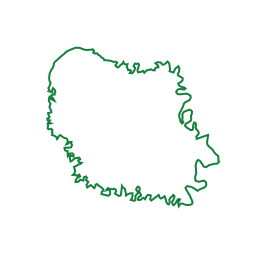 the district of Campina da Lagoa, Paraná, Brazil, rotated 251°
{"feature_id": "56859067B30898784628481", "entity_name": "Campina da Lagoa", "entity_type": "district", "adm_level": 2, "iso_a3": "BRA", "parent_name": "Brazil", "parent_adm1": "Paraná", "projection": "mercator", "projection_center": [-52.806, -24.618], "detail": "fine", "context": "isolated", "style": "outline", "palette": "green", "viewbox_px": 256, "rotation_deg": 251, "n_neighbors": 0, "source": "geoboundaries", "source_scale": "gbopen_adm2", "svg_char_len": 5232}
<svg xmlns="http://www.w3.org/2000/svg" viewBox="0 0 256 256"><g transform="rotate(251 128 128)"><path d="M170.0,195.8L169.2,193.1L168.1,191.4L165.6,189.1L168.1,185.8L169.5,186.8L171.5,187.2L173.2,187.6L175.8,188.0L178.0,187.0L176.8,184.5L176.3,182.5L176.8,181.0L179.1,180.4L180.6,177.6L180.3,175.0L177.2,176.8L175.5,176.5L176.1,174.5L175.1,172.5L173.8,172.1L174.4,170.4L176.0,168.9L176.1,166.7L176.5,164.9L175.9,163.4L174.9,161.4L177.1,160.9L176.8,159.1L177.3,155.6L179.1,155.6L180.6,156.5L182.1,157.7L184.1,159.0L185.6,158.8L185.7,157.0L186.7,155.7L184.7,153.4L182.4,154.4L181.0,153.3L179.3,151.5L178.4,149.7L179.4,147.6L181.0,149.5L182.2,148.8L182.7,146.9L184.2,147.0L186.0,146.7L188.5,148.3L188.8,146.3L190.1,145.3L191.9,145.2L190.5,143.5L190.1,141.6L189.1,139.9L188.5,138.4L189.6,137.1L191.2,136.4L192.3,137.8L193.3,139.1L194.6,138.1L195.4,135.5L196.7,134.2L197.8,132.2L199.0,129.9L199.9,127.6L201.9,127.4L203.7,125.7L205.8,124.8L206.8,123.7L208.7,123.1L209.2,120.9L210.6,119.6L211.7,121.0L213.9,120.3L214.1,118.3L215.5,113.5L217.9,110.2L219.4,108.7L220.0,106.8L220.9,105.2L220.9,103.1L220.8,99.7L220.6,97.4L220.2,94.4L218.6,91.2L218.2,89.7L216.6,85.9L214.3,80.4L213.2,79.0L211.0,77.9L209.4,76.4L208.0,74.4L206.6,73.2L205.4,71.9L203.1,70.8L201.4,69.8L198.2,69.1L196.1,69.6L192.8,67.1L191.6,65.7L189.6,66.0L188.7,64.8L186.5,68.0L188.3,68.5L190.1,70.1L187.4,71.3L185.8,71.1L184.9,70.0L183.5,69.5L184.2,67.3L183.4,65.5L181.5,66.3L180.0,66.9L177.7,67.3L178.8,66.2L180.3,64.7L182.6,63.6L180.9,62.4L178.6,62.1L176.1,62.6L173.2,60.5L171.6,60.7L169.6,61.0L167.8,60.6L167.9,59.0L168.1,57.3L166.3,57.1L164.2,57.5L163.3,56.4L163.3,54.9L161.9,54.5L160.6,56.6L159.7,54.6L157.6,56.6L158.0,53.4L156.3,53.2L155.0,52.5L153.6,51.9L152.5,52.8L152.3,55.1L150.5,55.9L149.3,54.7L147.8,55.1L146.2,53.8L144.1,56.4L142.8,57.2L140.6,57.3L141.4,58.7L142.8,59.6L143.3,61.8L140.1,63.7L138.5,65.9L137.2,66.9L135.4,66.8L134.1,66.0L132.7,64.5L132.7,66.0L133.8,68.6L133.2,70.0L131.8,69.2L130.1,69.6L128.3,67.9L128.7,65.2L129.5,63.4L129.9,61.5L127.7,61.0L126.5,62.2L125.6,63.4L122.6,62.3L120.9,62.0L122.8,64.7L122.1,67.2L120.8,67.9L118.8,67.2L120.7,64.4L119.2,63.5L117.2,63.0L115.1,62.8L115.4,64.9L116.4,66.7L116.6,68.6L115.8,72.3L114.0,72.6L113.6,70.3L111.6,70.4L110.1,72.8L109.4,71.2L109.6,68.6L109.0,67.2L108.8,64.3L107.1,64.1L104.8,64.2L102.8,62.8L101.5,60.6L100.9,62.8L99.5,64.1L99.8,66.8L97.8,67.0L97.6,64.7L96.7,62.7L95.5,61.6L94.0,60.8L93.3,63.7L94.7,65.9L92.8,68.7L95.7,70.2L95.9,72.4L94.4,73.0L92.4,71.3L90.1,73.0L89.1,71.9L87.7,70.2L85.0,70.1L85.6,72.1L86.2,74.2L84.4,75.3L82.1,76.5L83.5,78.2L85.0,79.0L85.1,80.5L83.0,81.5L80.6,83.4L77.9,84.8L76.8,83.9L76.2,82.5L74.2,81.4L72.7,83.6L70.3,87.3L71.1,89.5L73.6,90.4L76.0,90.0L76.2,87.1L77.7,89.4L75.8,91.7L75.1,93.5L75.1,95.2L73.3,96.4L72.0,96.1L70.3,94.3L68.0,96.1L66.7,97.4L66.6,99.1L67.7,99.9L69.6,100.7L72.1,102.0L75.1,103.4L73.2,103.8L71.6,105.3L68.9,104.9L67.0,104.8L64.9,104.2L65.4,106.2L65.5,108.9L64.8,111.0L62.4,110.2L60.7,109.1L59.1,107.2L58.0,108.9L57.0,110.6L58.2,111.8L61.6,113.1L63.2,116.3L65.1,116.3L67.1,115.6L68.8,117.0L69.3,118.4L68.1,119.4L66.7,119.4L64.8,118.1L62.8,118.0L60.9,118.5L59.5,118.0L59.6,116.2L58.7,114.9L56.9,114.0L55.9,116.1L56.6,118.0L57.0,120.0L55.1,121.0L57.4,123.1L58.1,124.6L57.9,126.3L56.7,127.6L54.7,126.5L53.3,125.7L51.8,126.5L53.7,132.0L54.7,135.2L51.7,135.3L50.6,136.1L50.8,137.6L51.6,140.4L47.7,140.5L45.7,140.1L43.7,140.5L42.5,141.6L44.1,143.3L46.7,143.7L48.1,145.1L49.0,147.5L50.0,149.0L48.5,149.8L46.8,148.9L45.3,147.6L43.9,145.6L41.5,145.3L40.1,146.1L41.2,148.2L43.5,150.7L44.4,152.5L43.6,153.9L42.5,152.7L41.7,151.3L39.4,150.8L37.5,150.6L39.4,153.0L38.9,154.8L36.7,157.3L35.6,159.8L35.1,162.2L35.4,163.9L36.7,164.8L38.8,164.9L42.5,164.5L44.1,164.5L45.9,164.0L49.1,163.4L50.6,163.0L52.8,162.9L53.8,165.2L52.0,168.1L51.1,169.3L48.0,172.0L46.0,173.2L46.6,175.7L47.0,181.5L48.6,183.5L51.1,184.1L53.5,182.8L53.8,180.1L54.0,177.7L56.0,174.8L58.1,174.9L59.7,175.6L61.0,176.2L62.5,177.6L64.4,178.1L68.1,179.3L69.8,179.4L72.8,181.2L74.2,182.2L75.0,184.0L73.3,185.4L68.9,186.6L67.0,186.9L65.5,189.1L66.5,192.5L66.0,198.2L65.5,199.8L65.4,201.4L66.7,203.3L68.2,202.9L70.4,203.8L72.2,204.1L74.2,202.9L76.3,201.8L79.3,201.1L81.3,200.3L83.0,199.1L85.5,197.9L87.3,197.7L90.0,198.7L93.3,200.5L95.4,201.4L95.4,196.0L95.3,189.4L97.7,189.8L98.5,191.3L99.7,193.1L101.1,193.4L103.0,193.0L104.6,192.2L106.6,192.0L108.1,193.1L110.5,193.5L111.7,192.4L110.0,190.9L107.5,189.8L105.3,188.5L105.5,186.7L109.6,183.5L111.6,182.6L113.2,184.0L113.4,185.7L114.6,190.0L116.5,190.9L119.1,191.6L120.7,193.0L122.9,193.9L124.4,193.2L125.3,192.0L125.2,187.6L124.9,185.7L123.0,183.6L120.6,183.3L118.9,182.3L117.2,181.9L115.3,182.2L114.6,180.6L116.6,179.8L119.1,180.0L121.2,180.0L123.1,180.4L125.3,181.6L126.4,183.0L130.6,187.2L131.8,188.1L132.9,188.8L133.8,190.8L134.2,194.9L135.9,197.0L138.0,197.6L139.3,196.8L140.8,195.5L141.7,193.6L142.1,191.8L142.5,189.6L143.5,186.5L145.2,185.4L146.8,185.4L148.1,187.6L148.0,190.2L146.7,192.2L146.1,193.6L146.5,195.2L147.9,194.5L148.7,192.9L150.3,191.2L151.8,190.0L153.7,190.0L154.4,193.6L155.7,195.4L157.4,195.9L158.5,195.0L161.5,192.4L162.9,192.7L164.2,194.2L165.6,195.1L167.4,195.9L170.0,195.8Z" fill="none" stroke="#15803d" stroke-width="2"/></g></svg>